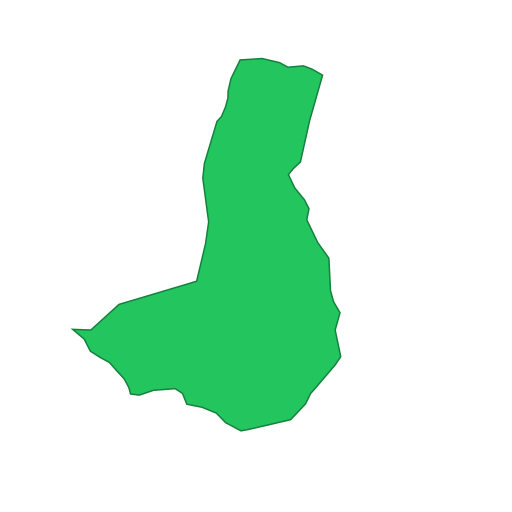 outline of Ipueira, Rio Grande do Norte, Brazil, rotated 306°
{"feature_id": "56859067B7349089003652", "entity_name": "Ipueira", "entity_type": "district", "adm_level": 2, "iso_a3": "BRA", "parent_name": "Brazil", "parent_adm1": "Rio Grande do Norte", "projection": "equal_earth", "projection_center": [-37.182, -6.775], "detail": "fine", "context": "isolated", "style": "filled", "palette": "green", "viewbox_px": 512, "rotation_deg": 306, "n_neighbors": 0, "source": "geoboundaries", "source_scale": "gbopen_adm2", "svg_char_len": 890}
<svg xmlns="http://www.w3.org/2000/svg" viewBox="0 0 512 512"><g transform="rotate(306 256 256)"><path d="M441.4,203.6L440.1,191.4L437.7,182.6L427.5,170.9L426.3,161.4L419.3,144.8L411.1,135.0L405.3,127.9L384.8,131.5L373.0,136.5L367.2,140.5L358.4,143.8L348.4,146.1L342.0,145.3L300.4,159.9L287.6,167.3L255.7,197.7L236.4,207.9L200.7,222.8L136.3,173.6L99.0,165.9L88.9,150.8L87.8,165.9L81.6,178.0L82.4,190.3L83.7,200.0L81.4,210.2L79.2,221.3L74.9,230.4L70.6,235.6L74.9,243.4L87.1,252.0L101.2,268.6L101.6,277.3L95.4,287.2L101.8,301.0L105.6,316.3L103.3,329.4L105.7,346.6L111.5,352.1L143.9,380.2L165.3,383.0L176.9,381.0L182.9,381.6L214.4,384.1L224.4,383.7L242.6,363.6L259.5,357.3L264.5,345.8L271.6,336.8L297.0,316.3L303.1,298.2L315.1,275.8L325.4,271.1L330.0,262.0L333.8,247.4L340.9,234.4L348.7,234.8L358.1,236.7L397.1,219.8L441.4,203.6Z" fill="#22c55e" stroke="#15803d" stroke-width="1.5"/></g></svg>